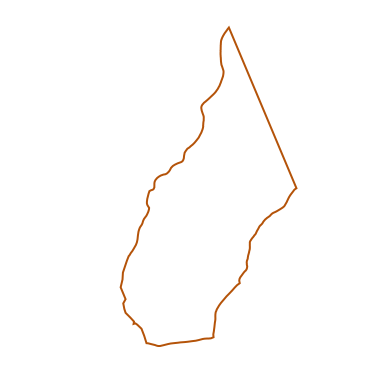 Malgretoute, Praslin, Saint Lucia, rotated 252°
{"feature_id": "8701671B58944232238955", "entity_name": "Malgretoute", "entity_type": "district", "adm_level": 2, "iso_a3": "LCA", "parent_name": "Saint Lucia", "parent_adm1": "Praslin", "projection": "natural_earth1", "projection_center": [-60.903, 13.842], "detail": "fine", "context": "isolated", "style": "outline", "palette": "amber", "viewbox_px": 384, "rotation_deg": 252, "n_neighbors": 0, "source": "geoboundaries", "source_scale": "gbopen_adm2", "svg_char_len": 6056}
<svg xmlns="http://www.w3.org/2000/svg" viewBox="0 0 384 384"><g transform="rotate(252 192 192)"><path d="M90.5,209.2L92.0,209.4L93.0,209.5L94.6,210.3L95.9,211.5L99.5,216.5L100.2,217.7L100.5,218.3L100.6,218.7L101.2,219.5L101.4,219.8L101.9,220.2L102.1,220.4L102.5,220.6L102.7,220.8L103.0,221.0L103.3,221.1L103.6,221.2L103.9,221.4L104.1,221.5L104.4,221.6L105.0,221.6L105.3,221.6L105.6,221.7L106.0,221.7L106.6,221.9L107.2,222.1L107.5,222.1L107.9,222.2L109.1,222.7L109.6,223.0L110.2,223.4L110.4,223.7L110.7,223.9L111.0,224.1L111.3,224.3L111.8,224.6L112.4,224.8L112.7,225.0L113.5,225.4L114.4,225.9L115.3,226.5L115.8,226.9L116.1,227.0L116.4,227.2L116.9,227.6L117.6,227.9L119.0,228.8L119.3,228.9L119.5,229.1L119.8,229.3L120.1,229.4L121.4,229.9L121.7,230.0L122.0,230.1L123.4,230.5L123.7,230.6L124.3,230.8L124.5,230.9L125.8,231.3L126.4,231.5L126.7,231.7L126.9,231.9L127.2,232.1L127.4,232.3L127.6,232.6L128.0,233.1L128.2,233.3L128.5,233.6L128.7,233.9L129.1,234.5L129.5,235.0L129.7,235.3L129.9,235.6L130.2,236.2L130.6,236.7L130.8,237.1L131.3,237.6L131.7,238.2L132.0,238.9L132.4,239.4L132.6,239.7L132.8,239.9L133.4,240.4L133.8,240.8L134.4,241.3L134.8,241.7L135.6,242.6L135.9,242.9L136.4,243.5L136.6,243.7L136.9,244.0L137.4,244.5L137.6,244.7L138.1,245.2L138.3,245.4L138.5,245.7L138.7,246.0L138.9,246.3L139.2,246.9L139.3,247.2L139.8,248.2L139.9,248.4L140.1,248.7L140.3,249.1L140.5,249.3L140.7,249.6L140.9,249.8L141.4,250.3L141.6,250.6L141.8,250.8L142.4,251.7L142.5,252.0L143.1,252.8L143.4,253.5L143.9,254.8L144.1,255.1L144.4,256.2L144.5,256.5L144.8,257.5L144.9,257.8L145.1,258.5L145.3,258.8L146.2,260.4L146.6,261.3L146.9,262.0L146.9,262.4L147.0,262.7L147.1,263.1L147.1,263.5L147.2,264.5L147.3,265.3L147.5,266.6L147.6,266.9L147.7,267.6L147.9,268.3L148.0,268.7L148.2,269.7L148.3,270.2L148.4,270.5L148.5,270.9L148.6,271.3L148.7,271.7L149.1,273.2L149.3,273.8L149.5,274.2L149.7,274.8L149.9,275.2L150.3,275.8L150.6,276.1L150.8,276.3L151.0,276.6L151.3,276.9L153.1,278.9L153.6,279.4L153.9,279.6L154.6,280.3L155.9,281.5L156.5,282.1L156.9,282.5L157.2,282.8L157.4,283.0L157.6,283.3L158.3,284.1L158.5,284.3L159.1,285.2L159.5,285.7L159.7,286.0L159.9,286.3L161.4,288.5L162.0,289.3L162.2,289.6L162.4,289.9L162.7,290.5L162.8,290.8L162.9,291.1L163.3,292.5L337.0,277.9L336.8,277.6L336.6,277.3L336.4,277.0L336.0,276.3L335.8,276.1L335.5,275.8L334.9,274.9L334.7,274.6L334.5,274.4L334.1,273.8L333.5,273.0L333.3,272.7L333.1,272.4L332.7,271.9L332.2,271.3L331.9,271.0L331.7,270.8L331.1,270.0L330.5,269.5L330.1,269.0L329.8,268.8L329.6,268.6L329.1,268.1L328.8,267.8L328.5,267.7L328.2,267.4L327.7,267.0L327.5,266.8L327.2,266.7L326.7,266.3L326.4,266.2L325.5,265.8L324.0,265.2L323.7,265.1L323.4,265.0L322.8,264.7L322.2,264.5L321.0,264.1L320.5,263.9L320.2,263.8L319.6,263.6L319.3,263.5L318.7,263.3L318.4,263.2L318.1,263.0L317.8,262.9L317.0,262.7L316.7,262.6L316.4,262.5L315.7,262.2L315.1,262.0L314.7,261.9L314.4,261.8L314.1,261.7L313.8,261.6L312.9,261.4L312.2,261.2L311.5,261.0L310.8,260.9L310.1,260.7L309.8,260.6L309.1,260.4L307.9,260.1L307.3,259.9L307.0,259.9L306.7,259.8L306.0,259.7L305.7,259.6L305.4,259.6L304.5,259.4L303.3,259.3L302.6,259.4L302.3,259.4L299.0,259.4L298.7,259.4L298.1,259.4L297.8,259.4L297.1,259.3L296.8,259.2L296.5,259.1L295.9,258.9L295.6,258.8L293.9,258.0L292.4,257.2L292.2,257.0L291.9,256.8L291.6,256.6L291.4,256.4L290.3,255.6L289.2,254.7L288.4,254.1L288.2,253.9L287.7,253.6L286.8,252.9L286.5,252.6L285.4,251.7L284.9,251.3L284.4,250.9L284.2,250.6L283.0,249.3L282.7,249.1L282.5,248.8L282.2,248.5L281.7,247.9L280.6,246.3L280.3,246.1L280.1,245.8L279.7,245.1L279.0,244.0L278.7,243.4L278.3,242.6L278.1,242.3L277.7,241.3L277.5,241.0L276.8,239.4L276.4,238.7L275.8,237.3L275.6,237.0L275.5,236.7L275.3,236.3L274.9,235.3L274.7,235.0L274.5,234.4L274.1,233.4L273.9,233.1L273.8,232.7L273.7,232.4L273.4,231.7L273.3,231.4L273.2,231.0L273.0,230.7L272.8,230.4L272.4,229.8L272.2,229.5L272.1,229.2L271.9,228.9L271.4,228.4L271.2,228.1L270.7,227.7L270.2,227.3L269.9,227.2L269.4,226.9L269.1,226.8L268.8,226.8L268.2,226.6L267.7,226.6L267.1,226.5L266.5,226.4L266.2,226.4L264.1,226.4L263.7,226.4L260.9,226.5L260.3,226.4L259.8,226.4L259.5,226.3L259.0,226.1L258.4,225.9L258.1,225.8L257.2,225.5L256.9,225.4L256.3,225.2L256.0,225.0L255.8,224.9L255.2,224.6L254.9,224.4L254.6,224.3L254.4,224.2L254.1,224.1L253.2,223.7L252.9,223.6L252.3,223.4L252.0,223.2L251.4,223.0L251.1,222.9L250.8,222.9L250.3,222.6L249.7,222.3L249.4,222.1L249.2,221.9L248.9,221.8L248.6,221.6L248.1,221.2L245.7,219.3L243.5,217.0L243.2,216.7L241.7,215.2L239.8,212.4L238.1,209.7L236.9,207.4L236.0,205.0L235.2,203.3L234.6,201.0L233.1,198.9L231.7,197.2L230.1,196.3L228.6,195.5L226.7,194.7L225.3,193.7L224.2,192.4L223.8,191.0L223.7,187.2L223.3,184.3L222.7,181.9L221.5,179.6L219.7,177.8L218.6,176.4L217.4,174.0L217.1,172.3L217.4,170.1L217.3,167.3L216.8,165.1L216.1,163.2L214.8,161.1L213.5,159.8L212.1,159.0L208.0,157.6L206.7,156.4L206.3,155.4L206.3,153.4L206.0,151.8L205.2,151.2L203.7,150.1L201.3,148.6L199.4,147.4L196.9,146.2L195.2,145.6L193.9,145.5L192.9,145.6L191.4,146.0L190.5,146.2L190.1,146.3L188.6,145.6L186.7,144.3L184.8,142.6L183.5,141.3L182.2,139.4L181.1,137.9L179.4,136.4L177.7,135.3L176.6,134.3L176.0,133.6L174.7,131.9L173.8,131.0L172.1,129.7L170.7,128.8L167.5,127.2L163.7,125.5L161.1,124.0L159.0,122.3L156.0,119.0L154.2,116.9L153.0,115.1L151.6,113.5L151.0,112.8L150.6,112.0L146.7,108.8L136.7,101.4L130.3,98.9L123.4,94.7L110.6,95.7L107.3,92.2L101.6,91.5L97.6,91.5L91.3,94.7L86.7,96.8L84.6,95.7L84.6,97.5L82.8,98.9L77.6,101.7L70.0,102.1L62.3,102.0L61.6,103.6L60.0,106.1L57.9,109.5L56.8,110.9L56.0,112.2L55.4,114.1L55.1,117.6L54.8,122.1L54.5,124.9L53.8,128.3L53.0,132.0L52.6,134.3L51.5,138.8L50.9,141.6L50.1,146.1L49.4,149.6L49.1,152.9L48.9,156.7L48.6,158.6L48.1,160.6L47.5,162.5L47.0,164.8L47.2,167.6L49.0,168.0L50.1,168.3L52.5,169.6L54.6,170.6L56.7,171.6L58.5,172.4L60.7,173.4L62.4,174.3L64.0,175.0L66.9,175.9L68.3,176.4L69.8,177.1L70.5,177.5L71.6,178.5L72.6,179.2L75.7,182.7L77.6,185.3L79.8,188.9L82.1,192.6L83.8,195.9L86.1,200.1L87.9,203.1L89.5,206.1L89.7,206.7L90.5,209.2Z" fill="none" stroke="#b45309" stroke-width="2"/></g></svg>